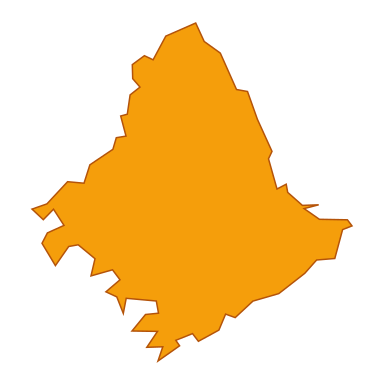 the district of Rowan, Kentucky, United States of America
{"feature_id": "52423323B15346846283864", "entity_name": "Rowan", "entity_type": "district", "adm_level": 2, "iso_a3": "USA", "parent_name": "United States of America", "parent_adm1": "Kentucky", "projection": "robinson", "projection_center": [-83.44, 38.207], "detail": "fine", "context": "isolated", "style": "filled", "palette": "amber", "viewbox_px": 384, "rotation_deg": 0, "n_neighbors": 0, "source": "geoboundaries", "source_scale": "gbopen_adm2", "svg_char_len": 969}
<svg xmlns="http://www.w3.org/2000/svg" viewBox="0 0 384 384"><path d="M179.6,345.8L175.8,340.3L192.5,333.6L198.4,341.3L218.9,330.1L225.6,314.1L235.2,317.6L252.9,301.1L278.8,293.6L304.8,273.3L316.6,260.0L334.8,258.5L342.6,229.6L352.0,225.9L347.4,219.8L319.4,219.3L304.1,208.6L318.7,204.8L302.4,205.4L287.7,192.4L286.2,184.2L277.0,189.0L268.5,158.8L272.0,151.4L257.4,119.3L247.5,91.5L236.5,89.5L220.3,53.1L204.2,41.5L195.7,23.0L165.8,36.1L153.1,59.8L144.4,55.7L132.3,64.6L132.7,78.7L140.0,87.1L130.1,94.9L127.3,114.2L120.7,116.0L126.0,136.1L116.3,137.7L112.9,149.3L89.9,164.8L84.0,183.2L67.6,181.7L46.9,203.9L32.0,209.1L43.3,219.7L53.5,209.2L64.0,225.4L47.4,232.9L42.0,243.3L55.4,265.6L68.7,246.5L78.2,244.8L95.0,258.7L91.0,275.9L112.5,269.8L120.0,279.8L105.9,291.8L116.8,296.9L123.3,313.4L126.2,298.3L156.3,301.0L158.5,313.2L145.5,314.5L132.0,331.0L157.5,331.4L146.8,347.3L162.8,346.8L158.0,361.0L179.6,345.8Z" fill="#f59e0b" stroke="#b45309" stroke-width="1.5"/></svg>